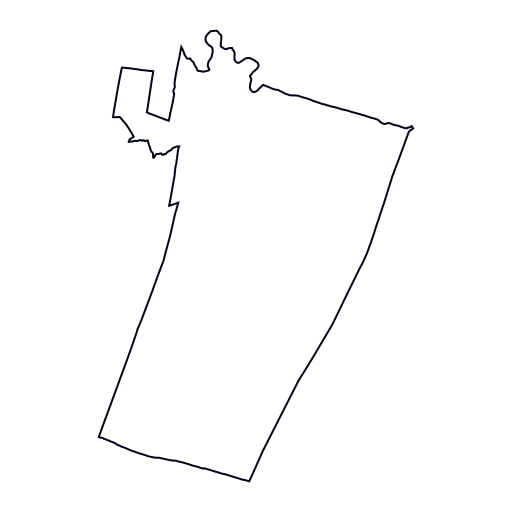 the district of Largu, Buzau, Romania
{"feature_id": "2599482B79173737631548", "entity_name": "Largu", "entity_type": "district", "adm_level": 2, "iso_a3": "ROU", "parent_name": "Romania", "parent_adm1": "Buzau", "projection": "orthographic", "projection_center": [27.131, 44.958], "detail": "fine", "context": "isolated", "style": "outline", "palette": "ink", "viewbox_px": 512, "rotation_deg": 0, "n_neighbors": 0, "source": "geoboundaries", "source_scale": "gbopen_adm2", "svg_char_len": 5885}
<svg xmlns="http://www.w3.org/2000/svg" viewBox="0 0 512 512"><path d="M203.5,468.7L203.9,468.3L204.2,468.2L222.9,473.9L224.2,474.0L243.1,479.8L244.5,479.9L249.2,481.3L251.9,475.6L262.9,450.8L298.2,381.3L299.9,378.3L302.4,374.5L313.5,356.4L332.6,324.0L344.3,299.8L359.8,268.1L362.1,263.9L364.4,258.9L366.8,253.7L367.3,252.3L368.7,248.6L369.3,246.7L371.1,242.1L372.2,238.5L373.9,233.7L375.0,230.2L375.3,229.2L375.7,227.9L376.2,226.6L376.9,224.1L379.0,218.2L380.1,214.5L381.1,211.8L382.7,206.8L383.7,204.1L386.9,193.8L392.3,176.4L398.1,161.1L408.9,131.6L413.2,128.4L412.7,127.7L412.3,126.8L412.0,126.4L411.7,126.1L411.4,126.1L411.1,126.2L410.5,127.0L410.1,127.2L409.8,127.4L408.0,127.5L407.1,128.1L406.6,128.2L405.6,128.2L403.5,127.7L401.4,127.0L398.1,125.7L397.4,125.5L395.7,125.3L394.5,125.0L393.3,124.6L389.6,123.2L389.1,123.1L388.7,123.0L387.6,123.2L386.5,123.5L385.7,123.9L385.1,123.9L383.8,123.8L382.9,123.5L381.4,122.8L380.6,122.2L379.3,120.9L378.6,120.4L378.1,119.9L376.5,119.2L374.2,118.5L370.7,117.6L363.8,115.3L362.9,115.1L357.1,113.4L352.5,112.2L351.4,111.9L350.0,111.3L349.1,111.1L347.4,110.6L345.3,110.0L342.5,109.5L341.0,109.1L338.1,108.1L335.1,107.3L329.9,106.1L329.2,105.8L327.9,105.4L326.5,105.1L324.5,104.4L322.1,103.9L319.7,103.0L317.6,102.4L315.1,101.5L313.3,101.0L312.5,100.6L310.4,99.6L308.5,99.1L307.3,98.6L302.5,97.2L298.8,96.0L297.8,95.7L296.1,95.5L290.2,95.3L285.0,93.6L282.6,92.2L279.7,90.9L278.7,90.2L278.1,89.9L276.4,89.8L273.7,89.2L272.2,88.6L269.6,87.5L268.3,86.9L266.8,86.4L263.9,85.2L263.2,84.8L260.4,87.4L259.3,88.5L258.0,90.0L257.1,90.7L255.4,91.7L254.5,92.0L253.8,92.1L253.2,92.0L252.6,91.8L252.2,91.5L251.3,90.4L250.8,90.0L250.6,89.9L250.4,89.4L250.0,88.5L249.9,87.7L250.0,86.3L250.1,85.3L250.3,84.4L250.4,83.7L250.3,83.2L250.5,82.5L251.1,81.1L251.2,80.5L251.1,78.4L250.1,76.5L250.0,75.9L250.2,75.4L251.0,74.9L252.6,72.7L252.9,72.3L256.1,69.5L257.0,68.6L257.8,67.6L258.2,66.9L258.5,66.1L258.5,65.2L258.2,64.0L257.7,62.9L257.4,62.5L256.4,61.9L255.5,61.1L254.8,60.5L253.2,59.6L252.4,59.3L251.4,58.7L250.6,58.4L249.1,58.0L246.6,58.1L245.5,58.6L244.6,59.1L239.3,62.6L238.8,62.8L237.8,62.8L237.1,62.6L236.3,62.2L235.7,61.6L234.7,60.1L234.5,59.6L234.4,59.1L234.5,57.4L234.4,55.6L234.7,54.6L234.4,52.5L233.8,50.8L232.9,50.0L232.5,49.5L232.3,49.0L232.2,48.1L232.0,47.9L229.9,48.0L228.0,48.4L227.0,48.9L226.2,49.1L225.3,49.1L224.8,49.0L223.5,48.2L222.5,47.7L220.8,46.3L220.7,46.0L220.8,44.5L221.0,43.7L220.8,42.3L220.9,41.7L221.2,40.7L221.2,40.1L221.3,39.0L221.3,37.9L221.4,36.9L221.3,36.0L221.0,35.0L220.6,34.7L220.0,34.2L218.8,33.1L218.3,32.2L217.5,31.3L216.2,30.7L210.9,31.2L210.2,31.7L208.0,33.6L207.3,34.8L206.8,35.3L206.0,36.4L205.7,37.1L205.5,40.0L205.9,41.5L207.2,43.2L208.5,44.8L209.6,45.7L211.5,46.8L212.0,47.6L212.4,48.3L212.6,49.6L212.7,50.7L212.6,52.1L212.3,53.9L211.9,55.0L211.9,55.9L211.6,57.0L211.1,57.9L209.6,60.0L209.1,61.0L208.6,61.6L208.3,62.5L208.0,63.9L207.8,64.8L207.8,65.6L208.0,66.8L209.3,69.1L209.4,69.6L209.2,69.9L208.9,70.1L208.3,70.5L207.4,70.8L204.7,71.5L203.5,71.6L202.2,71.6L201.4,71.4L200.8,71.1L198.7,71.0L198.1,70.8L197.6,70.5L197.2,69.9L196.8,69.0L196.5,68.1L196.1,67.1L194.8,65.5L193.7,62.7L193.1,61.9L191.2,60.3L190.8,59.9L190.7,59.3L190.4,59.2L190.4,58.8L190.1,58.5L189.8,58.4L188.3,58.7L187.5,58.6L187.0,58.4L186.6,58.1L185.9,56.9L184.9,55.3L184.4,54.3L183.6,51.8L182.9,50.1L181.9,47.9L181.3,46.9L179.3,57.6L177.5,65.8L177.5,66.4L176.6,70.5L175.0,79.5L174.5,84.1L174.8,85.8L174.8,86.8L174.6,87.7L173.5,90.4L173.3,91.3L173.5,92.3L173.8,93.1L174.2,93.6L172.7,102.6L171.3,108.9L170.5,112.1L168.8,120.7L165.8,119.8L162.2,118.3L159.9,117.5L155.4,115.7L149.3,113.5L148.0,112.8L146.9,112.4L148.0,105.3L151.5,82.0L153.0,72.9L153.2,71.2L152.5,71.0L149.6,71.0L148.4,70.7L140.2,69.9L136.5,69.1L135.5,69.1L129.5,68.3L122.1,67.6L121.8,68.4L121.4,69.8L119.7,78.3L117.4,90.7L114.0,110.5L113.0,117.2L113.5,117.3L119.2,117.0L119.9,117.2L120.5,117.8L123.9,121.8L125.5,123.6L128.0,127.1L133.7,136.6L133.6,137.0L129.9,139.2L128.9,140.9L128.8,141.9L131.9,141.5L134.0,141.1L134.8,140.8L135.4,140.8L136.0,141.0L137.0,141.0L137.9,140.8L138.8,140.4L139.9,140.1L141.0,140.1L141.5,140.3L142.2,140.7L142.4,140.8L143.3,140.3L143.6,140.2L143.9,140.4L144.6,140.9L144.9,141.1L145.5,141.1L147.4,140.4L147.7,140.4L147.9,140.5L148.0,140.9L148.0,141.6L148.3,142.7L149.3,145.8L149.8,147.0L150.3,148.5L150.7,150.2L151.1,151.1L151.5,151.7L152.4,152.6L152.8,153.1L153.0,153.6L153.1,154.8L153.1,157.3L153.4,157.8L153.6,157.8L153.9,157.6L154.6,156.7L155.6,154.7L156.1,154.3L156.8,154.0L157.4,153.9L158.2,154.1L158.9,153.9L159.7,153.6L161.1,153.5L161.4,153.6L162.2,154.6L162.6,154.8L163.2,154.9L163.5,154.7L164.1,154.2L164.5,154.1L165.3,154.1L165.8,153.9L166.7,152.7L167.7,151.9L169.1,151.0L169.9,150.5L170.8,150.3L171.3,149.8L172.1,148.7L172.6,148.2L173.4,147.8L174.4,147.5L177.1,146.4L177.7,146.4L179.1,146.4L178.3,148.8L177.6,153.5L177.2,156.4L177.2,157.1L176.7,160.0L176.3,163.7L175.9,164.8L175.3,168.0L174.6,175.4L170.6,198.0L169.5,204.1L169.2,204.7L169.1,205.4L169.2,205.9L178.2,202.7L178.0,203.4L177.4,206.0L176.8,208.1L176.3,209.9L175.4,212.7L174.7,215.4L170.9,232.5L169.9,236.6L164.4,257.0L163.8,259.5L162.7,263.0L161.4,266.1L157.3,277.2L151.5,293.2L140.9,321.4L137.4,329.4L137.0,331.3L133.6,341.3L128.3,356.4L101.8,428.6L98.8,437.1L100.2,437.7L101.4,437.7L102.1,437.9L103.0,438.2L104.0,438.8L105.3,439.1L106.8,439.9L109.4,440.8L110.5,441.4L111.2,441.6L112.2,441.9L113.3,442.4L114.2,442.9L115.4,443.4L116.7,444.4L118.7,445.3L121.5,446.6L124.4,447.6L125.6,448.2L127.8,449.0L130.5,450.3L135.1,451.8L135.8,452.2L140.8,453.8L146.0,455.4L148.1,456.2L149.2,456.5L155.4,457.7L156.4,457.8L158.0,457.7L158.8,457.7L161.4,458.3L164.9,459.0L168.7,459.9L171.5,460.4L173.1,460.6L175.2,460.6L176.2,460.9L177.5,461.3L180.8,462.0L183.6,462.7L186.2,463.5L188.1,464.0L192.4,465.5L194.0,465.9L195.8,466.3L203.5,468.7Z" fill="none" stroke="#020617" stroke-width="2"/></svg>